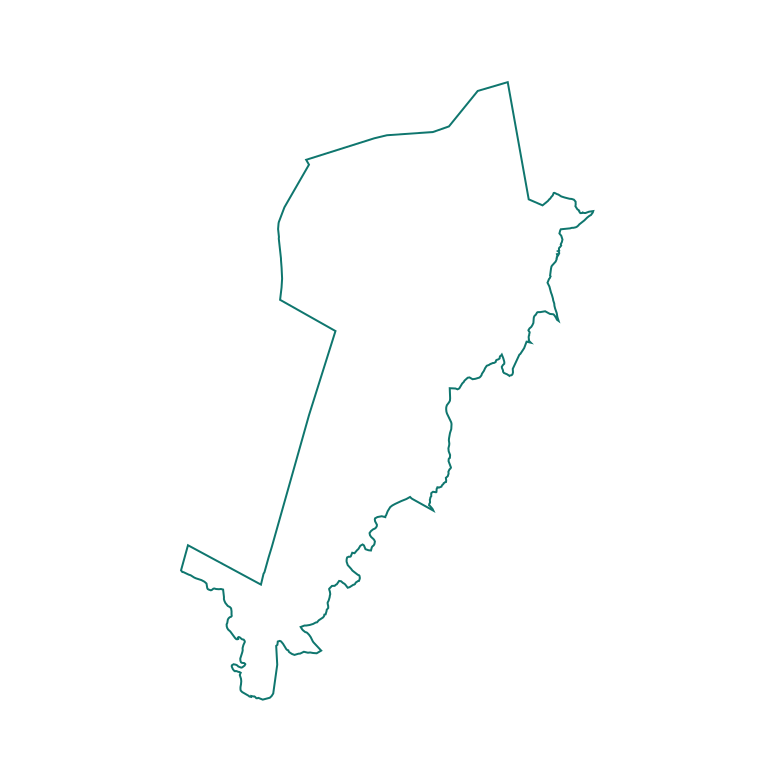 El Barrio de la Soledad, Oaxaca, Mexico (Equal Earth projection), rotated 155°
{"feature_id": "50627088B42092688569481", "entity_name": "El Barrio de la Soledad", "entity_type": "district", "adm_level": 2, "iso_a3": "MEX", "parent_name": "Mexico", "parent_adm1": "Oaxaca", "projection": "equal_earth", "projection_center": [-95.026, 16.802], "detail": "fine", "context": "isolated", "style": "outline", "palette": "teal", "viewbox_px": 768, "rotation_deg": 155, "n_neighbors": 0, "source": "geoboundaries", "source_scale": "gbopen_adm2", "svg_char_len": 6166}
<svg xmlns="http://www.w3.org/2000/svg" viewBox="0 0 768 768"><g transform="rotate(155 384 384)"><path d="M359.8,620.1L359.3,614.5L399.6,586.2L410.9,575.2L411.7,574.1L414.5,569.2L417.1,561.6L417.9,560.3L424.3,541.4L425.0,539.8L427.7,532.6L431.8,522.6L436.1,514.7L442.6,504.2L405.6,452.5L465.1,387.5L554.6,283.7L561.8,275.7L571.9,263.9L573.3,263.0L580.3,254.2L629.8,320.7L646.7,300.9L646.2,298.8L645.3,298.3L641.6,293.8L640.1,292.4L637.8,288.8L636.5,287.3L632.4,283.5L630.3,280.7L629.2,278.2L630.4,273.9L630.4,272.7L629.8,271.8L628.1,270.2L627.2,270.1L625.1,270.6L624.1,270.3L622.9,269.2L620.4,267.8L618.4,267.1L616.7,265.7L619.1,258.5L620.0,256.7L620.3,254.8L620.3,252.6L619.4,248.9L617.9,246.9L617.4,245.3L618.2,242.5L619.6,239.5L620.0,238.2L620.8,237.7L622.4,237.8L623.7,237.4L625.0,236.6L627.1,233.6L628.2,232.7L629.0,230.7L629.2,228.9L629.0,227.2L627.9,224.7L626.3,216.7L625.7,215.2L625.0,214.7L624.0,214.5L623.6,215.9L622.7,216.1L621.9,215.5L620.6,212.7L619.2,211.6L618.9,210.3L619.1,209.1L621.7,206.9L623.8,204.4L624.6,202.4L625.7,200.9L630.3,195.9L631.1,193.9L631.2,192.2L630.6,191.3L628.7,190.2L628.2,189.2L628.1,188.7L629.4,187.7L632.3,187.1L633.3,187.3L635.4,189.5L636.0,191.1L636.9,192.2L638.8,193.6L640.8,193.3L641.4,192.3L641.5,189.4L641.0,187.5L640.4,186.6L639.5,186.5L638.7,185.8L637.7,184.7L636.8,184.1L635.9,182.9L637.7,181.2L638.2,177.2L639.0,174.9L640.5,172.3L642.2,169.9L643.1,168.0L643.4,166.7L642.7,164.7L638.5,158.7L638.1,157.7L636.7,156.6L636.2,157.4L634.6,156.1L633.6,155.7L633.1,155.0L632.5,153.2L631.8,152.8L630.5,152.6L627.3,149.2L620.1,147.9L617.7,148.7L615.2,150.3L599.4,174.7L592.4,192.2L590.8,192.7L589.1,195.5L587.0,195.2L586.1,194.2L585.3,191.2L584.6,184.9L584.1,183.8L583.3,183.1L583.4,181.6L583.2,181.0L581.5,178.2L579.6,176.3L575.5,175.7L573.9,175.1L569.8,175.2L566.5,172.6L564.4,171.9L562.0,170.2L558.8,168.4L553.6,168.9L557.1,179.7L557.3,180.9L557.4,185.6L557.9,188.4L558.8,191.0L559.4,191.8L560.2,192.4L561.5,195.0L561.9,196.4L562.2,199.0L558.1,198.7L556.7,198.0L553.2,197.0L549.6,196.5L546.7,196.7L545.4,196.3L543.0,197.4L537.8,198.2L536.4,199.0L535.5,200.2L534.3,199.9L532.0,202.5L531.4,203.5L529.2,204.6L528.4,206.4L527.9,208.7L527.4,209.8L525.8,211.0L523.4,213.7L522.5,215.1L521.5,216.3L520.8,218.7L520.5,221.0L520.2,221.6L516.5,223.0L514.0,221.9L512.6,222.4L511.5,222.4L507.9,224.5L506.2,223.3L505.4,221.3L504.5,220.0L503.9,218.8L503.0,214.7L501.0,214.4L496.7,215.0L495.7,214.8L495.0,214.9L493.4,216.0L490.7,216.4L490.0,216.1L488.8,217.2L487.9,218.3L487.3,220.4L487.5,221.3L488.1,221.8L488.7,222.8L491.5,228.3L491.9,230.3L493.4,235.2L493.0,238.7L492.3,240.3L491.5,241.5L490.7,242.4L488.9,242.4L487.9,241.8L487.0,241.8L484.1,244.5L482.2,243.1L478.8,244.7L476.9,245.3L473.8,247.4L471.2,247.6L470.4,246.2L470.6,242.1L468.3,239.9L466.2,238.6L464.1,241.1L463.2,241.7L461.6,242.1L460.4,242.9L458.8,245.1L458.8,246.8L459.1,248.0L460.3,250.8L460.6,252.9L460.1,255.0L458.0,256.2L455.2,256.9L453.6,256.8L452.0,257.2L450.6,258.2L449.9,259.4L450.1,263.3L449.6,265.1L448.9,266.0L446.2,266.2L441.9,265.1L439.1,262.8L438.5,263.7L437.7,264.0L434.5,267.1L430.4,269.8L427.8,270.4L424.6,270.6L417.7,270.6L412.4,270.3L408.1,270.6L407.5,268.9L407.0,268.0L392.8,248.4L392.8,250.1L393.1,251.4L393.8,253.9L394.4,255.0L393.7,256.1L392.4,257.1L392.0,257.9L391.4,259.7L390.7,260.4L390.2,261.2L389.6,261.8L388.6,262.3L387.6,264.6L387.1,265.2L385.1,265.6L382.6,263.9L382.1,264.0L380.6,266.7L379.8,267.2L379.4,267.8L378.8,267.7L378.1,266.9L375.3,266.7L374.4,267.6L372.4,268.3L371.8,268.9L371.0,268.9L370.2,269.2L369.2,269.0L368.4,270.3L367.6,272.8L365.2,273.5L363.4,275.4L362.7,277.3L360.8,278.9L359.3,279.4L358.6,280.1L358.1,286.8L357.0,288.7L356.1,289.2L355.5,289.2L354.1,291.7L353.8,295.7L352.8,298.5L350.7,301.1L349.9,302.6L349.0,305.6L348.0,307.3L344.9,311.7L342.1,314.7L339.7,319.2L339.3,320.8L339.3,322.0L339.4,330.7L339.1,332.6L338.3,334.9L337.4,336.6L336.0,338.2L332.8,339.9L331.3,341.0L330.1,343.1L326.2,352.4L321.1,349.7L319.6,348.1L318.8,348.1L317.6,348.2L312.9,351.4L310.7,352.2L309.7,353.0L305.5,354.3L303.7,353.8L301.7,350.9L299.0,350.1L294.8,349.5L293.5,349.9L292.0,350.7L290.9,351.9L287.9,353.7L285.7,355.6L283.2,357.1L280.8,356.9L278.9,357.2L278.0,357.0L276.8,357.1L275.5,356.6L273.6,356.7L272.3,358.1L271.5,358.2L269.8,358.0L268.4,358.3L267.8,359.4L267.1,360.1L265.9,360.3L264.8,360.9L265.0,357.1L265.5,353.8L265.8,352.7L266.5,351.5L268.3,350.9L270.0,349.8L270.3,348.7L270.4,346.0L270.9,344.8L270.6,343.3L268.3,340.7L266.9,338.4L266.6,338.6L265.0,338.1L264.1,338.2L263.3,338.7L262.2,340.0L260.9,343.3L248.9,353.4L247.8,353.6L241.8,357.3L236.9,362.1L233.5,359.4L234.1,361.1L234.3,362.6L233.9,362.9L233.2,365.1L232.5,366.3L231.9,366.7L231.4,367.7L230.3,369.0L230.1,369.5L230.4,370.8L230.4,371.7L228.6,372.9L226.4,373.5L224.7,374.6L222.8,376.2L220.4,380.5L219.8,381.3L218.5,382.3L217.4,382.5L215.0,384.1L214.2,384.1L212.3,383.2L207.2,381.8L204.0,377.4L201.2,375.7L200.8,375.2L200.4,373.5L200.1,371.1L200.1,369.2L199.1,367.4L198.6,371.3L197.5,375.3L197.0,380.2L196.5,382.8L195.7,385.0L195.3,388.3L194.8,390.0L194.2,393.7L194.0,396.3L192.9,402.4L193.0,406.7L190.1,409.4L189.0,409.9L187.5,411.2L187.7,412.0L184.0,417.8L182.5,419.8L181.2,420.5L176.7,422.4L174.5,424.4L174.5,425.1L173.7,425.6L173.6,426.1L173.0,426.3L172.9,426.8L172.5,427.4L172.4,428.6L172.1,428.6L171.4,427.3L169.9,428.5L169.6,429.9L170.2,430.9L168.8,430.9L168.7,431.7L168.3,432.7L167.5,433.5L166.6,433.7L164.9,434.6L164.8,435.9L162.8,437.5L161.2,439.5L160.7,443.4L161.4,446.3L159.5,448.6L158.4,449.5L149.5,446.4L147.9,446.2L146.3,445.5L144.0,445.0L142.8,445.0L140.9,445.5L139.7,446.1L133.3,447.6L129.4,449.0L126.7,449.6L125.0,449.7L122.3,451.2L121.3,452.3L125.3,453.5L129.0,453.8L130.4,454.4L131.5,455.5L132.1,455.2L133.8,455.9L134.2,457.8L133.9,458.4L134.2,458.9L134.1,459.4L134.9,460.5L135.4,464.2L134.4,465.7L133.3,468.3L134.0,470.8L135.7,472.4L137.6,473.5L141.5,476.7L144.1,479.1L145.9,482.0L146.8,482.8L148.3,484.7L148.9,485.3L149.5,485.4L151.4,483.6L153.6,482.7L155.1,481.7L155.8,481.7L158.1,480.6L164.8,478.9L174.8,490.2L144.3,605.3L175.2,610.0L216.3,590.0L233.2,591.7L276.2,608.2L289.0,610.8L359.8,620.1Z" fill="none" stroke="#0f766e" stroke-width="2"/></g></svg>